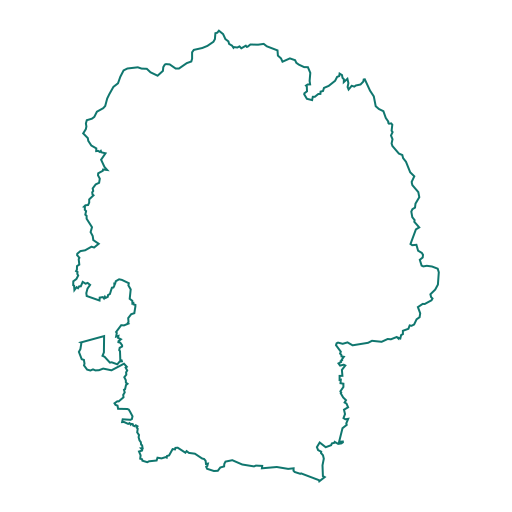 Zapopan, Jalisco, Mexico
{"feature_id": "50627088B32586146432484", "entity_name": "Zapopan", "entity_type": "district", "adm_level": 2, "iso_a3": "MEX", "parent_name": "Mexico", "parent_adm1": "Jalisco", "projection": "mercator", "projection_center": [-103.516, 20.792], "detail": "fine", "context": "isolated", "style": "outline", "palette": "teal", "viewbox_px": 512, "rotation_deg": 0, "n_neighbors": 0, "source": "geoboundaries", "source_scale": "gbopen_adm2", "svg_char_len": 5942}
<svg xmlns="http://www.w3.org/2000/svg" viewBox="0 0 512 512"><path d="M86.6,218.7L92.0,227.2L90.6,232.1L92.7,236.0L93.3,240.1L98.7,243.8L94.1,247.5L91.5,246.7L85.1,250.3L80.4,251.1L77.3,253.7L77.1,255.1L79.4,257.8L78.7,259.2L79.3,264.6L77.0,266.1L76.9,269.7L76.1,271.1L77.5,271.9L77.3,273.9L78.2,275.5L76.4,279.0L73.3,281.3L73.2,285.2L74.1,285.7L74.4,290.1L76.6,287.2L78.0,288.2L79.2,286.3L80.8,286.3L82.7,281.9L85.6,283.7L87.6,282.9L90.1,284.9L87.5,288.6L86.3,293.1L86.7,296.0L99.5,300.5L99.7,297.6L102.8,297.1L104.0,298.5L104.9,296.7L105.7,297.9L107.8,296.8L108.0,295.1L109.9,294.0L111.9,287.7L113.4,287.5L114.4,285.6L114.3,283.6L115.1,283.7L115.8,281.2L119.1,279.3L121.9,279.9L128.8,283.2L128.4,285.4L130.7,289.4L129.7,298.8L132.3,300.8L132.4,303.5L133.4,303.1L133.5,304.4L135.4,304.9L135.4,306.4L134.3,313.2L131.2,314.2L128.2,318.1L128.5,322.0L127.8,323.0L128.4,323.6L124.0,325.4L121.2,325.2L116.1,332.0L116.8,333.0L116.1,336.6L118.4,335.9L118.0,337.8L120.9,339.3L118.5,341.2L118.4,342.2L120.3,342.7L122.1,345.3L122.1,346.5L119.7,347.8L119.2,350.1L120.0,351.2L120.3,360.1L121.6,360.3L121.9,361.3L119.6,361.6L117.3,364.3L111.7,362.3L109.9,362.6L104.6,356.8L102.5,355.8L103.9,352.4L104.1,336.1L80.7,342.5L81.4,342.9L80.4,349.1L78.9,351.9L81.7,359.2L83.9,359.9L84.5,363.6L84.0,365.4L87.1,369.6L90.4,370.5L93.0,369.4L95.4,370.4L99.0,370.2L103.2,368.6L111.5,370.3L124.0,363.7L126.8,366.8L125.6,367.6L127.2,370.5L126.1,372.3L126.3,374.7L124.3,377.2L125.8,380.2L125.9,382.6L127.5,383.8L126.0,385.0L125.1,389.1L124.0,389.8L124.7,392.4L123.2,394.9L123.5,397.3L118.7,401.4L117.3,401.3L114.5,403.3L115.5,404.9L117.5,405.6L118.1,408.8L127.3,409.0L128.8,409.6L130.2,412.0L132.5,416.3L131.9,419.0L130.5,419.8L122.7,419.3L122.1,422.1L124.0,422.0L128.2,423.9L129.5,423.1L130.7,424.6L131.1,423.9L132.7,424.1L133.2,425.6L134.7,426.2L135.8,425.3L137.5,426.3L136.7,427.6L137.7,428.7L137.2,432.4L139.0,435.0L138.6,437.2L139.5,440.4L140.8,442.1L141.1,444.6L142.1,445.3L142.6,448.1L141.0,448.3L142.3,449.7L142.0,450.6L139.0,451.5L140.6,455.3L140.2,458.7L142.1,459.3L142.4,460.7L147.3,462.2L149.0,461.3L156.6,460.5L157.5,457.7L161.5,458.4L165.7,457.1L166.7,457.6L167.0,456.0L169.1,455.4L172.6,449.1L175.0,449.4L175.4,447.9L177.7,447.7L185.4,452.7L186.6,451.1L188.9,452.9L194.9,453.7L202.1,458.5L204.1,459.0L205.6,460.8L206.0,464.0L207.9,463.6L207.3,466.0L206.2,466.8L207.1,468.8L213.9,471.0L217.8,470.8L220.3,467.5L224.1,466.4L224.3,463.9L225.5,461.6L232.3,460.2L242.2,464.5L254.0,466.4L255.9,465.6L262.2,465.9L261.9,468.3L276.8,467.0L288.2,468.9L293.6,468.3L293.5,470.7L294.7,472.0L300.3,473.8L301.1,473.4L319.0,480.2L319.3,481.3L324.7,477.1L322.9,476.1L322.5,465.3L323.8,458.7L323.0,455.3L321.0,453.0L321.2,451.7L318.1,450.1L316.9,447.1L319.7,442.5L325.7,447.2L331.1,445.2L331.9,443.4L334.4,442.8L334.7,441.9L338.2,443.9L341.4,443.4L342.9,442.3L342.8,441.5L339.1,441.8L342.5,428.2L346.7,424.9L346.3,423.3L348.2,418.8L345.4,419.3L343.5,418.1L345.0,414.1L344.0,409.7L348.1,407.3L346.5,403.6L344.6,402.5L346.0,400.2L343.2,397.5L340.7,393.2L341.2,392.5L340.4,391.3L343.4,387.0L343.4,383.7L340.5,383.2L340.8,379.7L339.6,379.9L339.6,375.9L342.4,375.8L341.9,369.9L345.3,365.5L343.7,364.7L340.1,365.6L338.5,363.4L341.0,362.1L340.7,361.2L342.0,360.3L341.7,359.8L343.8,356.8L341.5,356.4L341.3,354.8L340.1,353.6L340.8,351.7L336.0,345.2L336.6,343.3L338.0,342.6L342.7,343.8L347.5,342.4L352.6,345.3L368.1,342.8L372.0,340.8L381.6,341.8L387.7,339.0L390.9,339.3L396.7,337.0L398.4,338.5L398.5,337.8L400.3,338.5L401.1,335.1L402.9,334.1L402.9,330.8L408.4,328.8L409.7,325.4L411.5,325.8L414.1,324.5L416.6,319.3L419.6,317.2L420.2,313.3L417.9,307.1L422.7,303.9L424.7,304.0L431.5,300.3L432.5,298.5L431.1,297.1L430.4,294.3L435.2,289.6L437.9,284.6L438.8,272.3L437.7,268.7L432.0,266.5L426.8,265.8L423.3,266.4L421.6,265.6L419.8,259.8L422.7,257.5L423.0,254.8L421.8,252.9L418.1,250.7L416.4,244.8L412.2,245.2L410.5,244.0L415.9,229.4L419.2,227.4L414.3,221.8L414.6,220.1L412.3,217.2L411.3,211.6L412.4,209.2L415.0,207.6L415.5,203.6L419.3,197.2L418.3,192.1L412.4,185.2L411.9,183.4L411.7,181.8L414.3,176.3L410.2,172.3L406.0,161.8L403.1,158.1L402.3,155.0L398.9,153.6L392.4,146.0L391.6,143.5L392.5,139.2L391.0,135.5L392.6,132.1L391.6,130.7L392.3,124.7L391.2,123.4L389.0,123.7L388.3,122.9L388.3,121.6L385.8,118.0L383.4,111.2L378.9,109.0L375.7,106.2L373.8,96.4L370.0,90.6L364.8,79.3L363.7,79.5L363.3,81.6L360.5,84.5L355.8,85.5L354.3,86.6L351.7,85.8L348.6,89.5L347.6,87.0L348.4,83.1L347.4,78.8L343.8,82.1L343.9,79.3L342.5,77.8L342.0,75.1L339.6,73.6L339.2,76.1L337.1,76.9L335.1,80.8L328.7,85.9L324.0,87.9L323.0,91.0L320.6,91.6L320.4,93.9L318.3,94.0L314.8,96.8L312.8,96.8L312.1,100.1L306.9,98.8L304.2,94.3L304.4,93.3L307.0,91.3L306.8,86.4L306.0,85.6L307.6,84.5L310.1,84.4L309.6,80.9L310.3,72.9L307.9,67.2L304.1,67.1L298.8,64.6L296.3,62.8L295.1,60.2L289.9,58.4L282.5,61.7L281.0,58.4L277.9,55.6L277.5,50.4L266.8,46.3L263.7,43.9L258.0,44.7L250.4,44.5L247.6,46.7L246.8,46.9L245.8,45.7L241.3,48.3L239.5,46.4L237.3,47.5L234.1,47.1L233.5,47.8L232.1,45.7L229.1,43.9L228.4,41.4L225.4,39.1L223.1,34.1L218.9,30.7L217.3,32.7L215.4,33.2L214.9,39.1L213.4,41.8L207.4,45.9L202.3,48.0L193.8,49.9L192.1,52.3L192.1,58.7L191.3,61.5L186.8,63.1L179.0,68.5L175.6,68.5L169.7,64.4L166.0,64.1L164.8,64.6L163.3,67.1L162.9,70.9L157.6,75.7L150.5,72.3L146.8,68.8L141.6,68.6L137.8,67.3L127.4,68.5L123.6,70.4L120.3,76.8L118.0,83.3L113.4,86.9L109.3,94.2L107.2,98.5L105.2,106.0L103.2,108.2L96.9,111.7L94.3,116.9L91.9,118.7L86.8,120.2L85.9,123.4L86.4,126.6L85.8,129.2L83.2,133.4L87.8,138.1L88.3,140.9L91.3,145.5L96.3,148.4L96.2,151.1L98.1,150.9L99.7,151.9L100.8,150.9L101.3,152.3L105.5,153.3L101.1,159.7L104.5,167.0L107.2,170.0L103.1,169.5L102.8,170.8L98.2,173.3L98.0,175.3L99.8,178.7L99.1,182.8L95.7,184.4L92.7,188.4L93.2,191.0L92.2,192.3L92.5,194.4L93.5,195.3L89.2,199.4L89.2,202.6L88.1,205.0L85.4,205.3L84.0,206.7L84.9,206.9L84.8,209.8L86.1,211.1L85.3,214.7L86.6,215.8L86.6,218.7Z" fill="none" stroke="#0f766e" stroke-width="2"/></svg>